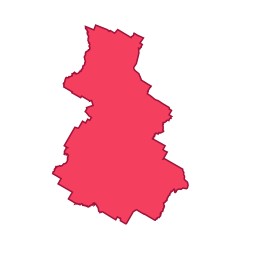 the district of Central Goldfields, Victoria, Australia, rotated 22°
{"feature_id": "25037944B6031326285684", "entity_name": "Central Goldfields", "entity_type": "district", "adm_level": 2, "iso_a3": "AUS", "parent_name": "Australia", "parent_adm1": "Victoria", "projection": "natural_earth1", "projection_center": [143.694, -36.979], "detail": "fine", "context": "isolated", "style": "filled", "palette": "rose", "viewbox_px": 256, "rotation_deg": 22, "n_neighbors": 0, "source": "geoboundaries", "source_scale": "gbopen_adm2", "svg_char_len": 5745}
<svg xmlns="http://www.w3.org/2000/svg" viewBox="0 0 256 256"><g transform="rotate(22 128 128)"><path d="M53.0,113.3L53.1,114.0L62.8,115.4L62.7,116.3L72.8,117.6L73.1,115.8L82.6,117.2L82.6,117.3L83.9,116.2L87.2,120.1L81.9,124.6L82.7,125.5L82.2,128.9L83.3,129.2L87.5,131.5L90.1,131.9L89.6,135.2L87.4,134.9L86.8,139.2L83.3,138.7L82.2,146.5L81.7,146.9L78.5,147.2L75.5,168.3L79.3,168.9L78.6,169.4L78.2,169.4L78.0,169.7L78.4,170.3L78.1,171.6L77.9,171.9L78.0,172.8L77.8,173.3L78.2,174.5L78.5,175.0L78.6,176.2L78.7,176.3L79.0,176.3L79.2,175.3L79.9,174.9L80.5,175.2L80.8,176.1L81.3,175.9L81.4,175.3L81.6,174.9L82.9,175.7L83.0,176.1L82.9,176.8L83.2,177.2L82.9,177.7L83.1,178.5L83.4,179.1L83.9,179.3L83.7,180.3L84.1,180.7L84.1,181.3L84.2,181.5L84.0,181.8L84.0,182.7L83.7,183.0L83.6,184.1L81.8,185.3L81.2,187.1L80.8,187.9L80.1,188.2L79.6,188.7L78.8,188.5L78.1,189.4L77.0,190.0L76.5,191.1L76.1,191.1L75.7,190.8L75.5,191.4L76.0,192.3L75.7,192.7L75.8,193.2L75.3,193.5L75.3,194.2L75.4,194.5L76.0,195.1L75.7,196.0L75.2,196.5L74.9,197.0L75.4,197.8L75.3,198.5L84.9,199.9L84.1,206.0L100.5,208.3L99.3,216.1L107.5,217.4L107.4,218.2L107.7,217.9L108.4,217.8L108.9,217.6L109.0,217.1L110.0,217.3L110.6,217.3L111.0,216.8L111.3,216.7L111.8,217.2L112.0,217.2L112.7,216.8L113.0,216.0L113.2,215.9L113.5,215.5L114.5,215.7L114.5,215.9L114.7,216.1L114.9,216.6L115.8,216.5L116.3,216.0L116.9,216.2L117.0,216.0L117.9,215.7L118.5,216.2L119.4,215.6L119.9,216.2L121.0,216.0L121.2,215.8L121.3,215.0L121.9,214.9L121.8,214.1L122.7,213.7L122.9,213.0L124.0,212.7L124.1,212.2L123.6,211.4L124.1,210.6L124.8,210.1L125.3,210.9L125.6,212.1L126.4,210.4L128.7,212.2L129.6,212.7L130.7,213.8L131.4,215.2L132.2,216.2L133.3,216.4L133.7,216.9L134.0,216.5L134.3,216.5L134.7,216.2L135.1,215.4L135.8,215.2L151.0,217.7L151.5,214.4L154.1,214.8L154.7,214.5L155.2,214.9L155.3,216.0L155.7,216.8L161.7,217.7L162.3,217.3L164.2,203.7L166.4,200.6L175.1,201.9L175.2,201.6L187.4,203.4L187.9,203.2L188.0,202.2L188.4,201.9L188.3,201.6L189.0,201.2L188.7,200.4L189.2,200.1L189.5,199.5L190.4,199.3L190.3,198.8L190.8,198.1L190.8,197.5L191.1,197.1L190.8,196.6L190.8,196.0L190.4,196.0L190.1,195.8L190.2,195.2L190.7,195.2L190.8,195.0L190.0,194.3L190.6,192.9L191.4,192.5L191.2,192.0L191.3,191.4L191.2,191.2L191.3,190.7L190.8,189.7L191.1,189.2L191.2,188.7L191.0,188.4L191.2,187.4L190.7,187.0L190.8,186.5L190.5,186.1L190.0,186.0L189.4,184.7L189.0,184.3L189.5,183.6L189.8,183.5L189.9,183.0L190.4,182.5L190.4,182.0L190.6,181.8L190.4,181.6L190.6,181.0L191.2,180.6L191.1,179.8L190.7,179.2L190.6,178.7L190.9,178.1L190.8,177.5L191.1,176.5L190.9,175.9L191.1,175.3L191.5,175.0L191.5,174.3L191.8,174.3L191.8,174.2L191.3,173.0L192.0,171.9L191.7,170.6L192.4,170.3L193.1,169.5L193.2,167.8L193.4,167.7L193.7,167.4L194.4,167.9L195.4,170.0L195.7,170.2L195.9,170.2L196.6,168.9L196.3,168.2L196.4,167.6L197.7,165.8L198.5,165.4L200.1,165.0L201.5,163.0L203.7,162.7L205.0,162.3L205.5,161.3L205.2,158.7L204.1,156.8L202.9,155.7L200.9,155.2L199.3,154.3L199.0,153.8L198.9,152.6L198.7,152.1L198.3,151.4L197.1,150.4L196.8,149.7L196.4,148.3L194.7,146.9L194.4,146.5L194.2,145.7L173.4,142.8L172.3,143.6L173.4,135.6L171.0,135.5L168.5,134.9L169.1,130.6L154.0,128.7L154.8,128.6L155.4,127.9L155.5,127.4L155.1,127.1L155.1,126.7L154.9,126.5L154.9,126.1L155.3,125.7L155.6,125.8L155.8,125.5L155.5,125.0L155.6,124.6L155.1,124.3L155.2,123.6L155.6,123.3L155.5,122.8L155.6,122.5L156.5,122.5L156.6,122.2L157.0,122.1L158.2,122.4L158.3,121.9L158.6,121.4L158.4,120.6L159.9,120.5L160.3,119.9L160.7,119.7L160.8,119.3L161.4,118.9L162.2,117.9L162.2,117.5L161.0,116.9L161.0,115.8L160.0,113.5L159.7,112.9L159.0,112.5L159.1,111.9L159.4,111.3L159.4,111.1L158.9,110.8L158.4,110.2L158.9,109.6L159.5,109.4L160.5,108.3L160.8,107.7L160.7,107.5L160.9,107.1L161.1,107.1L161.3,106.4L161.5,106.1L162.0,105.9L163.1,105.8L163.0,105.2L163.2,103.8L163.7,103.1L164.3,102.9L163.8,101.8L163.8,101.2L164.1,100.9L161.1,100.4L161.8,95.4L159.8,95.0L159.2,95.1L158.8,94.0L158.4,93.6L150.2,92.3L146.1,91.4L142.6,91.5L136.3,89.6L133.2,89.1L133.1,87.9L132.5,86.7L133.0,86.5L132.7,85.6L133.3,81.7L133.6,81.7L133.8,80.5L127.3,79.5L127.3,79.4L122.2,78.6L122.0,78.0L117.7,73.6L113.2,72.2L111.3,71.0L110.8,70.1L110.7,69.5L111.6,65.1L110.1,54.6L108.0,50.1L109.3,50.3L109.6,48.2L109.9,48.2L109.9,47.8L109.7,47.7L110.0,45.2L107.3,44.8L108.6,38.7L102.4,38.5L98.1,37.8L98.0,38.0L98.2,39.1L98.3,40.3L97.2,41.8L97.0,43.0L81.6,40.6L80.1,45.1L75.0,44.3L74.4,45.5L73.6,45.2L73.6,44.9L71.9,44.6L59.5,44.7L59.6,49.8L50.5,49.8L51.1,50.9L51.2,51.4L51.8,51.9L52.1,51.7L52.7,51.8L52.8,52.3L53.7,52.9L53.9,53.5L54.6,53.7L55.1,54.1L55.0,54.6L54.5,55.2L55.0,55.6L55.4,56.5L56.1,56.7L56.4,57.2L57.1,57.6L57.0,58.0L57.4,58.5L57.4,59.0L57.5,59.3L57.5,60.2L57.8,60.6L58.0,61.7L59.1,62.7L59.6,63.9L60.3,63.6L61.0,64.4L61.3,65.1L61.1,65.9L61.3,66.8L61.8,67.2L62.3,67.2L62.3,67.8L62.8,68.2L62.7,68.6L63.0,69.0L62.9,69.5L62.9,69.9L62.0,70.3L62.0,71.7L61.6,72.1L61.3,72.1L61.1,72.5L60.6,72.9L60.5,73.1L60.7,73.5L60.5,73.9L60.5,74.7L60.7,75.1L60.7,75.4L61.2,75.9L61.0,77.1L61.1,77.5L60.8,77.9L61.0,78.9L62.1,80.1L62.4,80.7L62.8,81.0L63.1,81.9L63.7,82.5L63.7,83.2L63.5,83.5L63.9,85.0L64.0,85.9L63.0,87.2L63.3,88.9L63.7,89.5L63.2,90.6L63.3,91.0L63.0,91.3L62.9,91.6L62.9,92.0L63.1,92.2L62.9,92.4L63.1,93.0L62.2,93.4L62.4,93.7L62.2,94.2L61.8,94.5L61.9,94.9L61.6,95.3L61.4,95.9L60.5,96.6L59.8,96.8L59.8,97.2L59.5,97.3L58.7,97.2L58.1,96.4L57.5,96.3L57.3,96.8L57.6,97.1L57.3,97.6L56.9,97.6L57.0,98.1L55.8,98.7L56.0,99.2L56.4,99.7L56.6,100.6L56.2,100.7L56.2,101.0L55.1,102.0L54.0,102.5L53.9,102.7L54.2,103.4L53.6,104.0L52.1,104.1L51.7,104.4L51.6,105.1L51.8,105.8L51.5,106.3L51.7,106.7L51.7,107.3L52.1,109.3L51.5,110.5L51.5,111.1L51.6,111.3L52.4,111.4L52.4,112.2L52.7,112.9L53.0,113.3Z" fill="#f43f5e" stroke="#9f1239" stroke-width="1.5"/></g></svg>